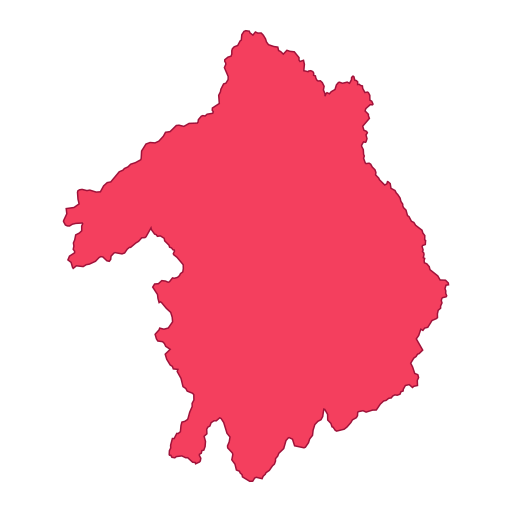 Huarochiri, Lima, Peru (Natural Earth projection)
{"feature_id": "86281439B90649514172231", "entity_name": "Huarochiri", "entity_type": "district", "adm_level": 2, "iso_a3": "PER", "parent_name": "Peru", "parent_adm1": "Lima", "projection": "natural_earth1", "projection_center": [-76.426, -11.934], "detail": "fine", "context": "isolated", "style": "filled", "palette": "rose", "viewbox_px": 512, "rotation_deg": 0, "n_neighbors": 0, "source": "geoboundaries", "source_scale": "gbopen_adm2", "svg_char_len": 5999}
<svg xmlns="http://www.w3.org/2000/svg" viewBox="0 0 512 512"><path d="M305.4,447.2L308.5,442.7L309.7,438.9L312.5,435.4L313.1,430.2L314.8,424.6L317.9,421.3L321.0,419.7L322.7,416.6L323.8,409.1L324.8,409.4L327.6,414.4L327.7,420.0L330.9,423.4L332.0,426.8L333.2,427.3L335.2,430.3L336.6,431.1L344.2,429.2L347.0,427.0L350.9,422.5L352.4,419.9L356.3,417.7L357.5,415.7L357.7,412.4L358.3,411.7L363.0,410.7L366.1,412.1L372.5,410.1L376.3,410.0L380.3,404.1L383.6,401.0L386.1,400.4L388.7,398.3L391.3,397.9L392.6,396.1L394.8,394.9L397.3,395.2L400.0,394.2L401.0,391.7L403.1,391.0L403.3,389.2L405.4,385.5L409.2,384.6L412.5,387.5L413.8,386.3L417.5,385.5L417.3,380.4L418.6,377.6L418.0,375.3L417.8,374.7L414.7,373.4L412.6,367.0L410.7,363.2L413.8,358.1L416.1,356.5L417.5,354.2L419.1,353.6L422.7,350.1L416.3,338.9L418.7,335.5L420.8,329.2L422.9,330.4L424.6,328.1L427.8,327.3L432.0,320.5L436.4,318.6L437.5,317.6L437.4,313.9L438.2,310.3L440.6,308.2L440.6,306.0L442.0,302.9L441.3,300.7L441.8,298.5L442.5,297.7L446.1,296.8L446.7,295.8L445.7,293.3L445.8,290.9L445.0,288.6L446.0,285.2L448.5,284.8L448.3,283.0L445.5,280.2L440.1,280.0L437.8,275.9L430.0,269.7L429.2,266.6L426.8,263.8L424.4,262.8L424.1,260.5L424.7,258.4L423.3,257.7L424.0,254.6L423.8,253.0L422.5,251.5L423.1,250.0L422.1,246.5L422.6,245.5L425.3,244.5L425.6,240.5L424.7,239.8L424.8,235.6L422.9,233.1L422.0,230.2L415.6,225.3L413.9,222.5L411.4,221.2L409.0,216.6L407.5,215.6L406.0,210.1L403.5,207.6L402.8,206.0L402.7,204.1L400.9,201.4L400.1,198.1L397.8,194.6L396.2,192.9L395.0,190.5L391.0,188.3L390.2,183.6L388.0,181.7L387.5,181.6L386.8,183.9L384.7,185.0L379.4,179.7L378.8,178.2L375.6,174.9L375.9,172.5L375.0,169.8L372.2,167.0L370.7,164.2L369.1,163.2L366.0,163.6L365.2,162.8L363.6,158.3L364.3,156.0L363.6,154.4L363.3,149.6L361.7,146.5L361.6,145.2L363.5,141.9L365.5,142.3L366.0,141.8L367.0,138.7L366.0,134.9L367.4,132.8L366.6,131.4L363.9,130.2L362.7,126.2L369.4,118.4L368.4,115.8L368.4,114.3L365.1,111.0L365.8,108.6L370.2,104.7L372.5,104.8L373.0,104.1L371.8,101.3L369.9,100.1L369.8,95.3L368.4,92.7L367.6,92.1L364.9,92.5L362.7,88.4L362.4,85.9L360.7,85.5L359.2,84.3L357.6,84.5L357.7,81.9L356.4,80.6L354.8,80.2L353.9,76.7L353.0,76.1L351.6,77.4L351.4,79.9L349.5,83.3L347.2,82.1L342.5,83.3L339.5,82.2L338.4,82.5L336.4,84.9L335.0,89.5L331.2,91.7L329.4,93.8L327.0,92.7L326.0,93.6L325.0,96.2L325.1,94.0L323.4,90.0L324.1,86.3L322.3,82.6L320.4,80.8L318.1,81.0L317.0,80.3L315.9,78.3L315.4,75.9L313.6,75.3L313.7,73.1L312.8,71.6L310.8,70.7L308.7,71.0L308.1,71.7L303.8,70.7L304.4,64.3L303.5,60.3L300.0,61.5L299.0,60.0L299.0,57.6L294.3,51.8L289.9,51.3L286.9,50.3L283.3,54.1L280.7,51.6L278.6,50.5L277.8,47.1L273.8,46.5L268.5,44.7L266.5,42.0L265.5,38.8L263.3,35.2L261.2,33.0L257.8,33.1L255.4,32.0L252.9,35.1L249.9,32.8L249.3,31.2L245.8,30.7L244.0,31.4L241.8,34.7L241.3,40.1L240.2,40.8L237.7,45.5L234.2,46.8L232.4,48.7L231.8,50.7L231.8,54.1L231.0,56.2L228.0,57.1L224.8,59.7L224.7,61.2L225.7,63.0L225.8,64.3L224.4,67.6L228.2,76.5L228.1,79.6L225.9,83.2L223.6,83.9L220.9,89.2L220.4,91.9L218.7,95.3L219.3,103.5L212.4,108.0L212.2,110.2L213.3,111.7L212.7,113.3L207.1,114.2L205.1,116.0L202.8,115.6L201.3,116.2L198.4,119.6L198.0,122.2L197.2,123.1L189.1,123.4L183.9,126.4L179.0,125.2L176.3,125.5L170.1,131.6L165.5,132.3L163.4,136.2L158.8,141.2L155.0,142.9L150.1,142.5L146.0,144.0L141.6,151.0L141.2,158.4L140.7,159.8L135.3,162.7L130.7,164.2L127.8,167.0L124.4,168.5L122.9,170.2L119.2,171.8L110.8,181.9L107.2,182.6L103.6,185.9L100.4,191.8L96.2,192.1L89.8,190.1L86.9,190.6L82.1,189.4L79.5,189.8L77.9,190.8L77.5,192.3L78.0,199.2L79.1,203.9L74.0,207.5L66.2,208.6L66.8,213.8L63.6,220.6L63.5,221.5L65.4,225.0L67.3,225.9L69.5,226.0L72.4,224.2L75.8,223.4L82.2,223.0L82.7,223.8L81.7,226.0L81.7,230.8L79.4,233.0L75.7,234.9L74.7,239.9L73.4,243.0L73.9,246.1L73.2,249.3L74.6,251.1L74.6,252.8L69.5,256.1L67.9,259.9L71.1,262.4L72.5,267.3L73.2,268.4L76.4,265.8L83.2,266.6L86.2,264.7L89.4,264.1L95.5,261.3L99.0,257.6L100.8,256.6L102.8,256.9L106.9,260.8L109.3,261.3L110.7,259.4L111.0,256.2L113.9,253.1L115.0,252.6L122.0,253.9L124.6,253.0L127.3,249.1L129.5,247.3L130.6,247.4L135.8,243.0L138.6,241.3L141.7,237.8L144.9,237.6L146.0,236.8L151.0,227.9L151.4,229.6L154.6,234.1L156.3,234.7L157.4,236.3L160.4,235.9L164.2,238.3L164.7,240.9L169.0,245.2L169.6,247.2L171.5,247.9L173.0,249.8L174.2,250.0L174.5,251.1L173.3,253.7L173.7,254.7L177.0,257.3L183.2,264.7L183.3,268.6L182.8,271.9L180.5,273.6L179.5,275.6L177.5,277.4L174.2,278.3L172.5,277.9L169.5,281.7L168.2,282.3L165.6,281.1L161.8,280.6L158.4,283.7L154.6,284.0L152.7,287.1L157.5,294.5L158.0,298.6L159.1,302.6L160.3,301.8L161.5,302.5L166.3,308.3L170.7,312.4L172.2,317.2L172.6,321.8L168.3,328.0L163.9,329.2L159.7,328.1L159.1,329.8L155.1,334.3L156.4,338.8L157.8,341.0L162.6,341.7L164.4,343.5L165.7,346.3L170.2,349.3L165.2,354.2L166.7,359.2L170.2,365.0L172.4,366.4L173.3,368.9L177.9,369.4L177.2,371.5L181.0,378.4L183.0,386.6L185.8,388.5L187.2,391.1L192.6,393.3L193.8,394.7L193.9,400.0L192.1,403.4L192.2,406.5L189.7,412.2L188.0,418.5L187.5,419.5L184.9,421.3L181.9,422.1L181.0,425.5L180.4,431.7L178.2,433.5L176.8,433.4L174.1,438.6L172.4,438.5L170.6,445.2L170.7,448.0L169.4,450.7L169.2,454.5L169.5,455.2L170.7,455.2L171.9,457.3L174.8,457.8L176.3,456.6L181.8,455.9L185.6,457.7L187.7,457.7L192.6,462.2L195.2,462.5L195.6,463.8L199.5,462.0L200.3,461.0L200.8,458.2L199.4,455.6L199.4,454.3L201.3,453.2L201.9,450.6L203.8,450.1L205.1,446.5L205.5,441.5L204.1,436.3L206.9,433.8L206.7,429.2L207.9,427.1L209.9,426.0L211.1,422.7L213.9,420.8L216.3,420.8L219.7,417.8L221.1,418.5L223.7,422.5L227.0,433.3L230.0,437.0L229.2,441.9L227.5,445.9L227.7,447.9L232.4,453.0L232.8,454.6L231.8,459.8L235.0,464.2L236.4,470.0L239.4,471.2L240.2,473.0L242.0,474.6L242.5,476.9L249.7,481.3L252.7,481.2L254.7,478.0L256.3,477.3L262.1,478.7L263.1,476.3L265.3,474.2L266.0,472.7L269.3,470.4L272.5,465.8L274.4,464.1L275.5,461.1L275.5,458.7L277.7,456.1L278.8,453.3L283.7,448.6L286.0,440.5L288.4,437.8L289.2,437.6L292.5,439.2L294.6,445.8L304.0,447.8L305.4,447.2Z" fill="#f43f5e" stroke="#9f1239" stroke-width="1.5"/></svg>